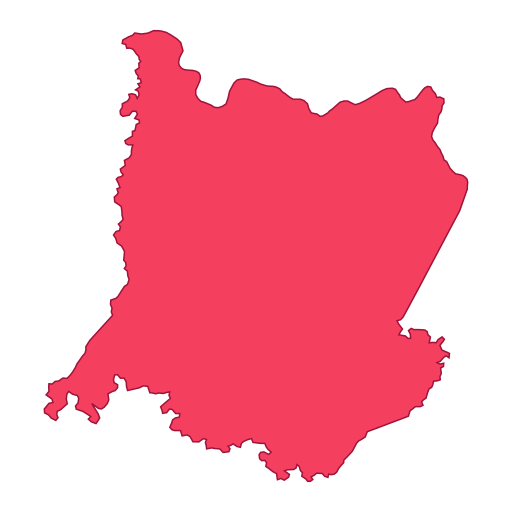 Coronel Domingos Soares, Paraná, Brazil (Mercator projection)
{"feature_id": "56859067B31393521005465", "entity_name": "Coronel Domingos Soares", "entity_type": "district", "adm_level": 2, "iso_a3": "BRA", "parent_name": "Brazil", "parent_adm1": "Paraná", "projection": "mercator", "projection_center": [-51.965, -26.173], "detail": "fine", "context": "isolated", "style": "filled", "palette": "rose", "viewbox_px": 512, "rotation_deg": 0, "n_neighbors": 0, "source": "geoboundaries", "source_scale": "gbopen_adm2", "svg_char_len": 5693}
<svg xmlns="http://www.w3.org/2000/svg" viewBox="0 0 512 512"><path d="M430.8,87.0L427.5,86.4L424.6,88.0L422.8,89.9L417.3,97.0L414.8,99.6L412.0,100.4L408.7,101.6L405.8,102.0L403.4,100.1L400.6,97.6L399.5,95.0L397.5,92.4L395.5,89.3L392.3,88.2L386.8,88.6L382.1,90.6L376.4,94.1L365.8,100.4L359.4,103.5L355.1,104.7L350.5,102.5L347.7,101.0L344.0,101.0L340.0,102.2L332.5,108.9L329.6,110.9L327.7,113.0L322.7,116.0L320.0,116.3L317.2,114.1L311.3,112.9L308.8,108.6L307.5,103.8L304.0,100.6L300.4,99.2L296.9,99.2L293.0,99.2L289.8,97.3L286.9,95.1L284.8,93.4L282.3,91.8L279.6,88.7L276.2,87.1L273.5,86.4L267.1,86.0L264.4,85.2L260.2,83.9L257.1,82.3L248.5,79.3L244.3,78.9L240.4,79.2L237.1,80.0L234.0,83.0L229.6,91.1L228.0,98.3L226.0,104.0L222.0,106.5L218.1,107.7L214.4,107.3L210.8,105.0L203.9,102.2L200.8,101.3L198.0,98.6L195.8,94.6L195.7,90.3L197.2,86.9L199.8,80.9L200.4,78.3L200.2,75.5L198.9,72.9L196.5,71.4L192.6,70.4L187.7,70.1L183.9,69.5L181.4,68.2L179.2,65.3L178.6,62.3L179.5,57.8L183.0,50.8L180.7,42.5L176.9,38.9L170.6,34.8L166.3,32.4L161.5,31.1L158.3,30.7L153.5,30.7L147.9,33.1L141.5,34.0L134.7,33.0L132.7,35.2L128.5,36.9L122.8,40.0L122.2,43.5L125.7,44.4L126.8,48.3L129.6,48.1L132.8,49.1L134.8,51.5L136.5,54.1L138.8,56.4L139.2,59.4L140.8,61.4L138.8,63.3L139.1,67.8L135.2,70.4L136.2,73.5L138.3,76.0L137.7,78.7L140.4,79.0L141.2,82.7L137.9,83.8L139.9,86.9L135.5,89.9L138.2,91.1L139.1,94.8L137.2,98.4L135.6,94.8L132.0,93.7L128.8,94.4L129.8,97.7L127.6,101.0L124.5,102.6L122.3,103.8L122.3,107.3L120.1,110.8L120.5,114.4L122.8,116.3L129.2,115.2L132.3,111.3L136.0,111.3L137.4,114.1L134.7,118.5L139.1,120.0L139.4,122.9L136.2,124.5L135.6,127.7L134.9,130.6L132.4,131.3L132.4,136.2L128.6,138.3L124.9,140.7L125.8,143.5L128.0,144.8L132.8,145.0L131.8,148.2L131.4,151.2L131.4,154.5L129.1,157.9L124.4,160.4L125.3,165.4L120.3,169.1L121.1,172.2L123.2,174.7L121.3,176.6L118.0,177.4L116.3,179.2L118.3,183.0L120.0,187.6L116.9,188.8L118.2,192.7L116.6,195.1L114.3,197.0L114.7,201.9L118.0,204.1L121.2,206.5L122.0,211.8L122.0,215.1L123.1,219.3L121.4,221.4L118.4,224.1L120.4,226.9L119.5,230.6L116.0,231.5L113.5,235.0L115.8,238.5L117.1,243.0L121.5,246.0L123.2,249.0L124.5,251.5L124.2,255.3L123.7,260.2L125.6,262.4L126.1,265.9L124.3,268.6L127.4,271.1L127.8,275.6L129.1,279.7L127.4,284.5L124.4,286.4L121.6,290.7L118.0,296.4L116.0,298.3L110.8,300.1L110.5,304.4L112.0,308.2L111.3,311.9L112.6,315.3L89.8,340.4L85.9,346.6L85.9,350.1L84.9,353.4L82.7,355.8L79.7,360.1L76.9,364.0L75.4,367.5L72.9,371.6L70.4,375.0L67.0,378.4L63.0,378.0L58.7,381.0L55.1,381.4L52.3,384.0L48.9,383.8L48.7,387.4L49.0,391.3L46.1,394.9L49.7,397.4L51.9,399.0L53.0,402.5L49.0,403.3L44.3,409.0L44.6,412.9L48.6,414.9L51.2,418.1L55.8,420.4L58.0,417.7L56.7,414.3L57.4,411.2L60.4,409.9L67.3,403.8L66.3,398.9L66.9,394.1L68.7,391.4L72.4,394.1L77.4,395.6L78.7,398.2L78.1,402.8L75.5,406.1L76.3,409.2L83.0,411.4L90.8,416.5L88.3,419.1L91.3,421.8L96.0,423.6L97.9,420.9L99.7,418.0L98.2,413.9L91.8,403.6L98.4,408.4L101.3,409.0L104.1,407.3L107.3,403.6L108.8,399.9L108.0,393.8L112.6,391.4L115.1,390.6L117.6,387.7L117.6,384.7L114.1,382.6L113.5,379.5L114.7,375.0L117.5,374.7L120.4,378.2L124.0,378.1L126.2,381.7L126.5,386.5L127.6,390.5L139.4,387.8L143.1,385.9L147.7,386.3L149.9,392.8L152.4,392.9L155.5,393.8L158.9,393.0L163.4,393.5L166.8,392.4L169.7,391.9L169.0,395.3L170.4,398.4L163.2,404.5L160.6,406.8L162.0,410.3L162.7,413.3L166.6,412.7L169.4,409.1L172.1,409.4L175.7,413.6L179.8,413.6L179.3,417.1L175.4,417.9L172.7,419.8L171.5,423.3L169.8,427.3L172.0,429.8L174.8,430.6L180.5,430.6L182.1,435.9L187.0,434.9L190.0,436.6L193.0,441.8L195.5,441.8L198.8,441.9L203.5,438.6L206.5,439.6L205.4,442.5L206.3,445.9L206.6,448.9L211.7,447.9L214.5,448.5L219.8,448.9L223.2,452.5L228.9,451.7L230.0,448.8L228.1,446.1L230.6,445.4L233.1,443.9L237.0,446.5L240.4,447.3L241.4,443.4L243.7,441.4L247.5,439.7L251.5,438.6L253.0,442.4L260.6,443.4L264.8,443.4L266.2,446.8L267.9,449.3L271.2,452.1L268.6,454.4L263.9,451.9L260.6,452.4L259.1,454.7L259.6,458.7L261.7,460.7L264.7,460.4L266.6,462.6L265.8,466.5L268.2,468.0L272.9,471.7L276.6,473.6L277.4,479.7L280.9,478.5L284.3,480.2L288.6,477.2L289.4,474.4L286.9,472.6L284.5,470.9L287.4,469.8L293.6,469.5L296.0,468.1L297.0,464.6L299.3,466.6L300.4,470.6L302.4,472.6L301.8,476.2L306.0,479.1L307.6,481.3L310.4,481.3L312.8,479.5L311.1,476.9L314.3,475.2L316.6,473.2L322.3,473.5L324.7,476.3L327.9,477.4L328.7,474.1L331.3,474.7L334.3,474.1L336.6,472.3L338.5,468.7L341.1,465.4L343.6,462.8L343.9,460.0L346.7,457.3L352.3,451.3L356.6,443.2L358.6,441.0L361.8,439.2L365.2,437.0L367.3,431.7L408.4,416.2L410.0,410.9L415.5,406.6L420.0,406.7L423.0,405.3L421.6,401.8L423.5,399.8L426.0,398.2L427.7,392.3L429.2,388.7L431.6,387.5L432.7,385.0L433.6,381.2L437.3,380.8L440.3,379.8L439.9,376.7L441.3,373.4L440.6,367.9L443.5,366.5L443.7,363.2L440.0,364.1L437.0,362.6L440.3,361.3L443.7,357.4L446.1,355.8L449.0,357.8L449.5,353.4L441.9,350.0L439.9,345.4L443.0,341.5L444.4,339.3L442.1,336.9L438.2,339.5L436.1,342.7L432.9,342.4L429.2,342.8L430.4,337.0L428.0,334.8L427.1,331.5L424.8,330.0L418.8,329.6L414.0,329.6L411.2,328.4L408.5,330.5L410.3,334.2L410.6,338.2L408.1,338.5L405.5,336.0L398.9,334.8L400.5,331.8L402.5,329.0L399.0,324.5L397.0,320.7L400.5,319.8L403.0,317.2L405.1,313.5L414.8,295.4L416.6,292.1L455.2,219.2L456.5,216.8L459.7,210.7L467.3,189.1L467.3,186.3L467.7,182.3L466.9,179.0L465.0,177.1L462.8,175.5L459.2,174.5L455.7,173.9L452.7,171.3L450.0,168.2L446.6,161.5L444.0,159.9L443.1,156.4L441.5,153.4L440.0,149.6L437.2,146.2L435.3,142.9L433.0,140.2L431.6,136.6L432.3,132.5L434.7,127.7L437.5,123.2L437.9,119.1L438.8,114.9L441.0,111.9L441.8,109.2L442.2,105.6L444.0,102.9L443.8,98.8L440.0,97.1L436.7,97.4L435.4,93.7L432.4,90.3L430.8,87.0Z" fill="#f43f5e" stroke="#9f1239" stroke-width="1.5"/></svg>